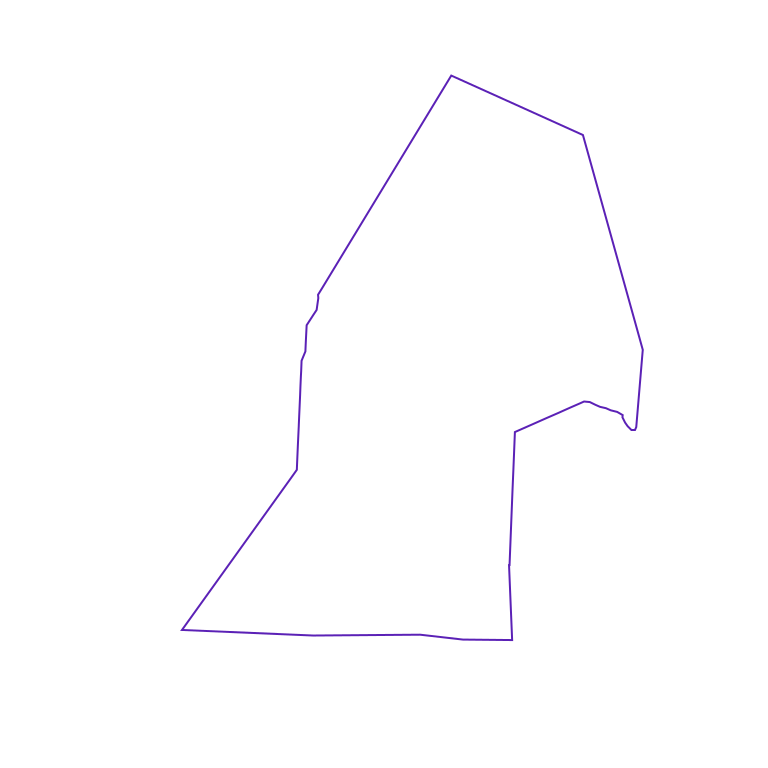 the district of San Martín Lachilá, Oaxaca, Mexico, rotated 75°
{"feature_id": "50627088B22717213197696", "entity_name": "San Martín Lachilá", "entity_type": "district", "adm_level": 2, "iso_a3": "MEX", "parent_name": "Mexico", "parent_adm1": "Oaxaca", "projection": "robinson", "projection_center": [-96.852, 16.612], "detail": "fine", "context": "isolated", "style": "outline", "palette": "violet", "viewbox_px": 768, "rotation_deg": 75, "n_neighbors": 0, "source": "geoboundaries", "source_scale": "gbopen_adm2", "svg_char_len": 933}
<svg xmlns="http://www.w3.org/2000/svg" viewBox="0 0 768 768"><g transform="rotate(75 384 384)"><path d="M569.3,642.8L608.6,517.6L635.5,414.0L651.3,373.9L664.5,326.5L591.3,310.1L591.4,309.6L518.7,287.0L499.6,281.0L485.5,276.6L464.3,270.0L463.9,267.5L461.2,250.0L460.1,243.0L459.0,236.0L457.0,222.6L456.3,218.4L454.9,209.6L453.4,199.6L452.7,195.3L454.7,189.9L458.8,185.2L462.0,181.2L464.8,175.9L468.1,171.8L471.3,166.0L475.8,161.5L477.9,162.3L483.7,161.1L487.8,159.6L492.5,156.9L493.4,153.5L490.9,151.5L418.5,125.4L418.1,125.2L405.8,125.3L305.9,126.3L195.0,127.4L139.4,195.3L103.5,239.2L275.9,419.5L280.7,424.6L284.0,425.2L295.0,429.9L299.0,434.4L307.2,443.5L323.0,448.6L332.2,451.5L340.2,457.6L347.3,459.8L349.9,460.6L355.4,462.4L364.9,465.4L373.0,467.9L380.3,470.2L392.3,474.0L401.5,476.9L402.2,477.1L420.4,482.9L434.7,487.4L444.3,490.4L445.9,492.3L451.6,499.2L569.3,642.8Z" fill="none" stroke="#5b21b6" stroke-width="2"/></g></svg>